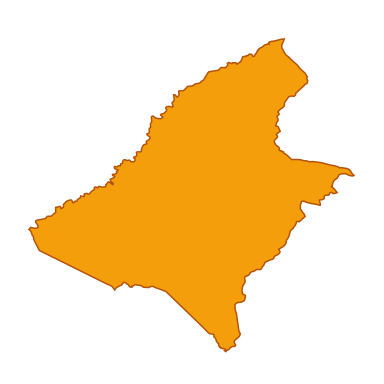 outline of Mwenezi, Masvingo, Zimbabwe, rotated 93°
{"feature_id": "62879985B12430304395671", "entity_name": "Mwenezi", "entity_type": "district", "adm_level": 2, "iso_a3": "ZWE", "parent_name": "Zimbabwe", "parent_adm1": "Masvingo", "projection": "equal_earth", "projection_center": [30.689, -21.398], "detail": "fine", "context": "isolated", "style": "filled", "palette": "amber", "viewbox_px": 384, "rotation_deg": 93, "n_neighbors": 0, "source": "geoboundaries", "source_scale": "gbopen_adm2", "svg_char_len": 5959}
<svg xmlns="http://www.w3.org/2000/svg" viewBox="0 0 384 384"><g transform="rotate(93 192 192)"><path d="M238.0,352.9L238.6,351.7L240.5,350.5L243.4,349.3L245.3,347.8L247.2,347.8L258.4,341.4L288.7,271.3L289.1,269.8L290.5,266.9L293.9,264.0L292.5,263.4L291.3,262.3L289.0,258.5L288.7,257.5L285.9,255.7L285.8,254.7L286.1,253.4L287.2,252.5L287.6,251.1L289.7,249.5L290.2,248.4L289.8,247.7L290.1,247.0L289.2,247.0L288.9,246.0L287.5,243.9L288.3,237.4L289.3,236.2L289.8,234.8L289.5,233.4L289.8,232.8L289.6,232.1L289.7,230.0L288.8,228.9L288.2,226.1L289.4,223.6L291.5,216.2L292.2,214.8L292.3,213.3L326.2,174.3L331.9,168.1L332.6,167.0L332.7,164.2L333.4,162.7L335.7,162.5L336.2,161.4L338.0,160.3L339.7,159.9L340.7,158.9L341.2,158.8L342.0,157.5L343.8,157.3L345.5,156.4L345.3,155.7L346.2,155.3L346.9,152.5L346.7,151.7L347.2,150.6L348.3,150.2L348.6,150.9L348.8,150.4L349.1,150.7L349.6,149.9L348.0,148.7L347.7,147.6L347.0,146.6L346.0,146.1L345.0,145.0L344.3,143.8L344.0,142.5L344.0,141.5L343.5,140.7L342.7,140.4L340.2,141.9L338.2,141.8L333.9,137.3L331.1,136.3L328.3,137.9L310.9,141.3L307.0,142.8L302.1,143.2L300.1,141.0L299.4,136.8L297.8,134.1L294.9,133.3L292.5,133.3L291.0,136.2L287.6,137.0L283.0,136.4L282.1,135.7L279.4,134.4L277.9,134.3L275.2,135.0L273.7,134.5L272.1,131.1L271.2,130.3L269.8,129.7L268.7,128.6L267.9,126.0L266.0,123.4L265.9,120.1L265.7,119.3L265.1,118.7L263.6,118.2L261.7,116.8L258.0,115.0L257.4,113.3L256.3,111.7L254.8,107.8L254.1,106.9L252.8,106.7L251.8,106.0L249.8,102.7L248.4,101.4L247.4,101.0L246.7,101.1L244.6,102.4L241.6,97.9L238.7,95.6L235.1,95.1L231.9,93.1L225.9,91.8L224.6,90.9L223.4,89.3L221.8,88.7L220.5,87.5L218.1,86.4L216.1,86.0L215.8,85.2L216.2,83.9L216.1,83.4L210.5,77.7L208.0,79.0L206.4,80.6L204.5,81.8L203.5,82.9L198.8,83.1L198.2,82.6L196.1,82.3L195.6,82.0L195.3,81.3L195.4,79.4L196.2,77.6L197.2,72.8L198.0,65.9L198.6,64.0L198.6,63.4L197.8,63.1L193.5,64.4L193.2,64.0L192.9,61.8L191.9,59.9L191.2,59.5L189.3,59.8L188.5,59.2L188.0,56.0L187.5,54.8L186.2,54.7L185.5,54.2L185.0,52.4L186.2,51.1L185.9,49.1L185.0,47.0L181.2,50.4L179.3,53.0L178.8,52.3L175.7,51.9L173.6,51.0L172.2,49.9L170.6,47.7L167.2,46.1L166.2,44.2L165.7,40.8L165.9,39.2L167.1,36.2L167.5,33.7L167.5,31.7L166.9,31.1L165.2,33.2L163.1,34.5L161.3,36.2L160.4,38.5L159.9,44.2L160.2,46.0L159.1,47.7L158.4,50.8L157.8,55.5L155.9,64.6L155.3,73.2L155.7,76.2L155.0,78.8L154.8,82.3L154.1,85.4L154.0,89.0L154.4,94.2L149.7,99.7L148.3,102.5L147.2,102.6L147.0,104.1L146.5,104.3L146.1,104.9L146.2,106.0L145.7,107.1L143.7,107.0L143.2,107.3L142.1,108.5L140.7,110.7L139.6,111.2L139.5,111.7L137.2,112.5L136.2,112.4L132.7,109.5L131.5,109.6L130.2,110.9L128.0,108.8L126.9,107.1L122.2,109.4L121.6,111.9L118.2,111.1L116.1,109.8L114.8,109.9L112.1,111.2L109.8,109.0L108.6,109.5L108.1,110.3L107.5,110.5L104.2,107.6L103.5,106.4L101.7,104.6L100.6,104.3L97.9,104.3L92.0,100.5L91.6,99.9L90.9,97.0L91.2,95.1L89.6,93.7L87.9,93.5L81.4,87.1L78.1,84.2L77.5,82.7L74.9,82.3L71.9,83.6L70.7,82.8L70.0,83.6L67.4,85.3L63.3,90.4L59.8,93.4L53.7,101.0L52.9,101.5L50.0,105.6L43.5,109.8L40.6,110.0L34.4,107.9L34.7,109.7L34.5,110.2L35.3,112.4L37.3,119.2L37.2,120.1L37.7,120.9L38.0,122.4L38.5,122.5L38.8,123.2L40.4,122.7L40.3,124.8L41.1,125.7L41.2,126.9L41.8,127.8L42.3,128.0L43.7,129.6L44.7,131.5L46.3,133.3L46.8,133.3L47.4,134.0L48.2,134.1L48.8,134.7L49.5,134.7L51.8,136.5L52.6,136.5L53.0,136.8L53.4,138.4L52.0,139.1L51.4,139.8L51.3,141.9L52.6,143.0L53.2,145.1L53.6,145.0L53.8,145.3L54.0,146.1L54.0,147.9L54.7,148.7L55.9,148.8L58.6,150.0L59.4,150.0L59.7,151.0L60.5,151.6L60.9,152.6L62.0,153.7L61.7,154.3L60.6,154.9L60.8,158.1L61.7,159.2L60.7,162.0L61.1,162.4L61.5,163.5L63.1,163.1L64.0,163.4L66.1,165.0L66.1,168.8L66.5,169.9L69.1,172.1L71.0,181.3L72.0,182.3L79.6,186.3L81.0,188.5L82.9,190.0L83.9,194.4L84.3,195.2L85.4,195.9L85.6,196.8L86.5,197.9L86.3,199.0L86.7,201.6L87.5,202.6L88.9,203.5L91.3,206.1L91.5,209.1L92.0,210.5L93.4,210.6L94.6,210.0L95.5,209.9L98.0,211.5L97.7,212.4L96.1,213.6L95.8,214.3L95.9,215.4L101.1,214.5L102.2,214.9L103.5,216.3L104.3,216.6L107.6,215.4L108.3,216.2L107.7,218.9L108.0,221.2L108.7,222.4L109.7,222.6L110.9,221.7L112.2,221.7L114.8,224.0L115.3,224.8L115.8,226.8L116.4,227.4L116.9,227.3L118.5,225.2L119.4,225.5L120.4,226.9L120.5,229.6L120.0,232.3L118.3,234.5L118.4,235.8L119.0,236.5L124.1,235.9L126.0,237.1L129.3,236.7L131.1,238.1L134.8,237.8L135.5,238.3L136.5,240.2L137.7,239.4L139.5,236.8L140.4,236.6L142.2,238.0L143.7,240.2L144.8,240.2L146.1,239.7L146.5,240.2L147.2,242.3L148.1,243.3L151.4,244.6L154.1,244.8L154.7,245.8L154.6,248.3L155.3,249.6L157.3,249.2L158.7,249.3L159.7,250.3L160.0,251.6L160.7,252.0L161.2,251.8L161.9,250.5L164.2,250.8L165.0,252.0L164.9,254.3L164.5,255.2L163.7,255.6L163.5,256.1L163.6,257.3L164.0,258.3L163.3,260.5L163.4,261.3L163.6,262.0L164.3,262.5L165.2,262.9L166.7,262.8L167.3,263.4L167.7,264.7L169.4,264.7L169.6,266.6L170.9,268.3L170.5,270.3L171.1,271.0L172.7,270.4L173.3,268.9L173.6,267.4L174.1,266.9L175.6,268.6L176.5,268.1L177.4,268.3L178.4,270.3L178.4,271.9L178.8,272.4L179.8,271.9L180.3,269.9L181.6,270.5L183.7,274.4L185.7,273.6L187.0,271.7L187.9,271.0L188.5,271.1L188.8,271.8L186.7,274.6L186.2,275.7L186.3,276.3L187.5,276.9L189.3,278.5L190.2,278.2L191.3,278.6L191.6,280.7L192.0,282.1L191.3,284.5L191.3,285.2L191.5,285.7L192.5,286.0L192.8,286.6L192.1,288.0L192.2,289.3L192.5,289.8L194.3,289.5L194.7,289.8L196.0,291.6L197.6,293.3L199.0,294.0L199.7,295.3L199.5,295.9L198.9,296.6L199.3,298.9L199.9,299.6L201.7,299.3L202.3,299.6L201.8,303.0L203.5,303.2L205.6,306.0L206.8,306.3L207.4,306.7L207.5,307.3L207.2,308.2L208.7,309.4L209.1,310.1L208.8,310.6L207.8,310.9L206.5,311.8L206.2,312.5L206.7,314.5L207.5,316.2L208.4,317.5L209.3,317.9L211.1,319.7L213.6,319.6L215.0,320.8L215.4,322.0L214.1,322.1L213.3,323.3L213.5,324.4L214.4,325.7L214.2,326.9L214.5,327.4L219.4,327.0L223.5,331.4L223.9,335.3L226.2,337.0L228.4,345.8L228.9,346.5L230.6,346.4L233.5,344.1L235.2,343.9L235.9,344.2L236.5,347.0L235.8,351.3L238.0,352.9Z" fill="#f59e0b" stroke="#b45309" stroke-width="1.5"/></g></svg>